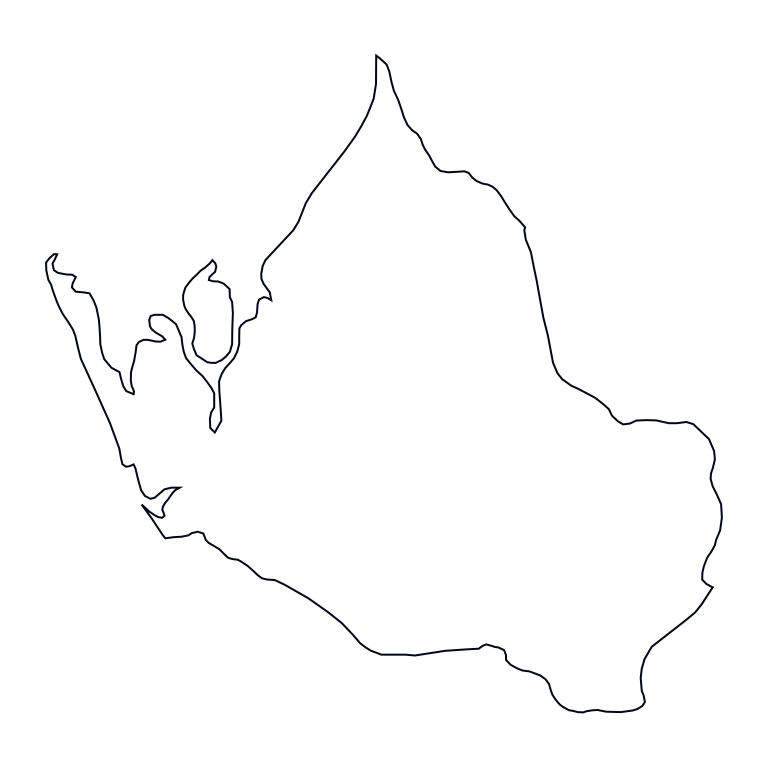 Bendjè, Ogooué-Maritime, Gabon
{"feature_id": "22940354B80874584292882", "entity_name": "Bendjè", "entity_type": "district", "adm_level": 2, "iso_a3": "GAB", "parent_name": "Gabon", "parent_adm1": "Ogooué-Maritime", "projection": "natural_earth1", "projection_center": [9.224, -0.836], "detail": "fine", "context": "isolated", "style": "outline", "palette": "ink", "viewbox_px": 768, "rotation_deg": 0, "n_neighbors": 0, "source": "geoboundaries", "source_scale": "gbopen_adm2", "svg_char_len": 4574}
<svg xmlns="http://www.w3.org/2000/svg" viewBox="0 0 768 768"><path d="M525.1,227.3L519.5,220.9L514.3,216.2L509.3,209.2L504.8,202.2L500.9,195.8L496.4,189.9L492.5,186.7L488.0,184.6L482.9,183.7L476.7,181.1L472.1,177.4L468.7,172.9L464.3,171.3L457.3,171.8L448.1,172.3L440.5,171.0L435.2,166.6L432.2,161.3L429.3,155.7L424.9,149.3L422.6,144.5L420.9,139.1L417.1,133.7L412.1,130.2L407.5,125.0L403.8,117.0L401.2,108.6L398.2,99.9L393.9,90.8L391.5,82.0L389.3,71.5L386.6,64.5L379.3,57.9L376.2,55.6L376.0,83.9L373.7,98.6L370.0,108.1L366.8,116.0L361.0,126.7L354.9,136.8L344.5,151.3L329.1,171.0L311.8,193.2L305.8,203.2L298.5,221.7L293.4,230.1L279.7,244.8L265.5,260.0L262.7,265.9L261.2,274.0L261.5,279.2L263.7,284.0L267.6,289.4L269.8,292.4L271.3,300.3L267.6,298.0L263.9,297.1L259.0,299.6L257.6,304.1L257.0,312.7L255.7,317.3L251.8,319.3L246.1,321.1L241.4,325.0L239.4,328.4L239.2,336.1L239.2,344.0L237.3,351.5L234.0,358.2L230.4,362.5L225.3,368.0L221.6,374.1L219.1,381.3L219.3,390.6L220.3,404.0L221.4,420.7L216.5,429.5L214.8,432.5L210.3,428.0L209.9,418.9L211.1,412.6L214.2,407.4L214.2,393.3L211.4,387.9L207.1,382.0L202.4,375.9L196.4,370.5L190.3,363.4L186.0,358.0L183.7,351.5L182.5,345.3L181.5,337.0L178.6,330.2L176.0,324.1L168.6,318.2L162.7,314.8L154.5,314.8L150.6,316.1L149.2,320.0L150.0,326.3L151.4,328.8L155.5,332.4L162.1,336.3L165.3,339.7L160.4,341.7L155.7,341.5L148.0,339.9L143.5,339.9L139.0,341.9L136.5,345.3L135.7,351.9L134.0,361.4L132.6,365.9L131.0,372.3L130.8,380.4L131.6,385.6L134.0,391.5L133.6,394.2L126.3,391.1L123.4,386.5L121.0,378.6L119.5,372.1L114.8,369.6L111.4,367.7L107.3,362.8L104.2,359.1L102.2,353.0L100.3,344.2L100.1,336.3L99.5,327.0L98.9,319.8L96.4,307.5L93.6,300.5L89.5,293.3L83.9,292.4L75.8,291.7L71.9,287.4L72.7,283.3L75.8,277.0L72.1,274.7L66.6,274.5L58.0,272.9L53.9,270.2L52.5,263.6L54.3,260.4L57.2,254.3L54.1,254.1L49.6,258.0L46.1,262.5L46.3,270.4L48.4,279.9L51.2,284.9L52.9,290.8L56.5,300.7L58.8,306.2L62.7,313.9L68.0,321.6L72.9,329.5L75.4,336.1L77.8,346.9L80.9,358.9L95.0,389.7L110.1,423.4L119.3,448.6L121.0,458.1L122.4,464.2L125.9,466.7L129.5,466.2L133.6,464.4L135.5,468.5L137.5,477.1L138.8,482.1L141.2,490.4L144.9,495.9L150.4,498.8L154.7,497.7L161.4,492.0L164.5,489.3L171.3,487.7L179.6,487.7L174.9,490.4L171.9,493.8L168.2,499.3L165.1,502.9L162.9,506.7L162.3,509.9L163.5,512.6L164.5,515.8L162.1,517.8L158.2,517.1L154.5,515.1L149.2,511.5L141.6,504.5L151.6,518.3L162.7,535.0L165.3,538.3L173.6,537.2L181.7,536.7L188.5,535.3L191.6,533.2L197.6,531.7L203.3,533.5L205.9,540.1L208.7,542.9L213.0,545.4L219.5,549.3L224.1,554.0L228.0,557.7L232.2,559.0L238.0,559.8L241.0,561.5L247.4,565.7L252.3,570.0L257.9,575.3L262.0,578.3L267.0,579.5L275.0,580.1L284.6,584.7L308.5,598.4L327.8,612.0L341.7,623.0L352.9,634.8L360.2,643.3L365.5,647.3L371.0,650.8L375.2,652.3L381.4,654.7L405.7,654.7L415.0,655.5L427.9,653.5L445.3,650.8L466.1,649.4L478.8,648.7L482.5,645.9L486.3,644.4L491.7,645.9L495.0,647.0L498.3,647.4L504.2,650.2L506.0,655.2L506.0,659.9L510.6,664.8L516.8,668.2L522.4,670.5L529.5,671.4L540.3,675.5L545.8,679.5L549.1,684.3L550.5,689.4L552.4,694.7L555.3,699.2L559.7,704.5L563.1,707.0L568.9,710.2L572.6,710.8L577.8,712.1L583.2,712.4L586.6,711.2L592.3,710.3L597.7,710.0L606.2,711.7L620.8,712.1L632.7,710.5L637.5,709.0L642.4,705.9L644.9,702.0L643.6,695.3L641.8,691.0L640.7,678.1L641.7,668.9L644.6,659.0L651.7,646.8L666.3,635.4L685.4,620.5L695.2,612.4L701.8,604.1L712.7,587.3L711.0,586.5L706.3,583.9L702.2,579.6L702.4,572.5L703.9,566.3L707.1,557.8L711.5,551.4L714.9,545.2L716.0,540.2L720.1,530.5L721.9,517.7L721.1,504.2L716.8,494.4L712.7,486.4L710.6,478.8L711.0,473.5L712.9,467.8L714.9,459.5L714.1,451.0L709.0,439.1L703.5,433.9L693.4,424.2L686.4,422.0L677.0,423.2L668.8,423.2L656.3,420.4L646.2,420.1L636.2,420.6L630.0,423.5L623.2,424.4L617.9,421.3L611.9,415.6L608.9,409.2L603.3,404.2L595.1,397.8L586.7,393.3L578.1,388.8L571.3,385.7L562.1,379.1L557.4,373.1L553.0,362.7L550.6,349.9L547.9,335.6L543.4,317.8L539.5,296.5L536.6,280.3L534.0,268.0L530.9,252.1L525.8,239.7L524.3,230.2L525.1,227.3ZM215.7,362.9L221.6,360.1L226.2,356.3L229.9,351.8L232.1,344.2L232.3,328.7L232.9,313.1L232.1,301.9L229.9,297.2L229.6,289.1L223.7,283.6L218.2,281.5L213.2,281.3L208.9,280.1L209.4,277.2L212.0,274.6L215.1,271.8L216.3,266.6L215.3,263.3L212.4,260.1L209.7,263.5L205.2,267.5L200.5,270.8L196.8,274.6L192.9,278.2L189.0,282.7L185.5,287.4L184.1,291.5L183.1,295.3L183.1,299.6L184.3,305.7L185.5,308.8L188.4,313.3L190.9,316.4L193.7,320.7L194.6,325.4L194.8,331.4L194.1,337.8L192.3,343.5L193.9,348.9L196.6,355.3L200.7,357.9L207.3,362.2L211.6,362.9L215.7,362.9Z" fill="none" stroke="#020617" stroke-width="2"/></svg>